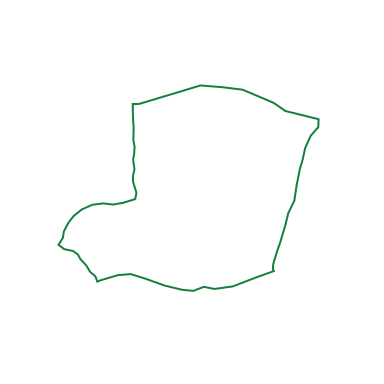 Danderyd, Stockholm, Sweden, rotated 251°
{"feature_id": "70781695B902417386827", "entity_name": "Danderyd", "entity_type": "district", "adm_level": 2, "iso_a3": "SWE", "parent_name": "Sweden", "parent_adm1": "Stockholm", "projection": "mercator", "projection_center": [18.042, 59.411], "detail": "fine", "context": "isolated", "style": "outline", "palette": "green", "viewbox_px": 384, "rotation_deg": 251, "n_neighbors": 0, "source": "geoboundaries", "source_scale": "gbopen_adm2", "svg_char_len": 945}
<svg xmlns="http://www.w3.org/2000/svg" viewBox="0 0 384 384"><g transform="rotate(251 192 192)"><path d="M219.6,335.4L226.0,325.5L238.2,306.6L249.8,298.1L260.8,285.9L272.3,273.1L281.5,254.2L290.0,234.6L290.6,218.2L292.5,170.6L294.5,164.6L279.6,159.8L272.1,157.9L260.8,153.6L253.4,152.4L246.8,149.7L242.1,147.0L232.3,145.0L226.5,141.5L221.0,139.6L209.3,139.2L203.8,136.0L204.2,123.2L205.8,113.4L210.1,104.4L212.4,93.5L211.3,81.8L207.7,72.0L203.1,65.0L196.4,58.0L190.6,54.9L185.5,48.6L179.6,52.5L175.0,60.3L169.9,63.8L164.8,64.6L157.0,68.1L149.6,69.7L143.7,73.2L138.1,73.3L138.3,76.7L137.5,94.7L134.4,107.2L125.0,120.0L112.5,135.6L102.7,150.9L98.1,161.0L98.5,172.3L93.0,181.7L89.5,199.7L90.3,224.3L90.6,243.6L92.6,243.4L97.3,245.3L108.2,253.1L115.6,259.0L130.2,269.4L140.6,276.1L150.4,285.9L164.4,293.2L179.0,301.7L185.7,306.6L196.7,313.3L206.5,322.5L211.4,331.1L212.0,332.4L219.6,335.4Z" fill="none" stroke="#15803d" stroke-width="2"/></g></svg>